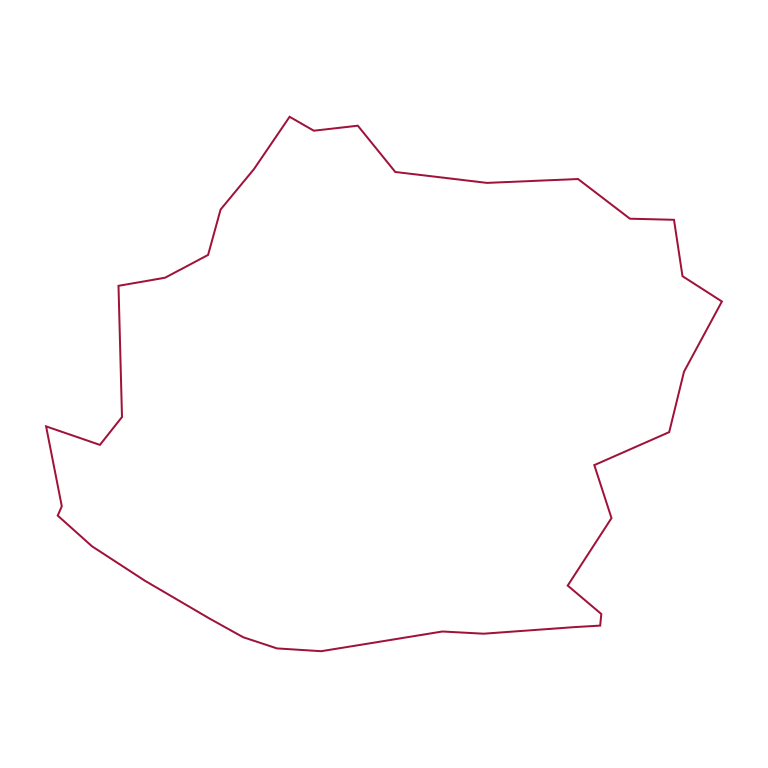 the district of Yangiarik, Khorezm, Uzbekistan
{"feature_id": "79887680B98987238414073", "entity_name": "Yangiarik", "entity_type": "district", "adm_level": 2, "iso_a3": "UZB", "parent_name": "Uzbekistan", "parent_adm1": "Khorezm", "projection": "mercator", "projection_center": [60.528, 41.31], "detail": "fine", "context": "isolated", "style": "outline", "palette": "rose", "viewbox_px": 768, "rotation_deg": 0, "n_neighbors": 0, "source": "geoboundaries", "source_scale": "gbopen_adm2", "svg_char_len": 565}
<svg xmlns="http://www.w3.org/2000/svg" viewBox="0 0 768 768"><path d="M57.7,515.6L92.0,546.3L145.0,580.8L208.9,618.2L243.1,637.2L276.9,648.4L321.2,651.2L442.4,631.5L483.6,633.7L574.5,627.1L600.2,625.6L601.3,614.0L567.7,585.6L611.5,518.1L594.3,465.1L669.2,432.1L684.0,371.7L721.9,301.5L682.5,276.2L674.0,219.8L629.9,218.7L578.0,179.0L487.0,182.9L395.3,172.0L357.8,125.7L313.8,130.7L289.6,116.8L253.9,169.2L220.6,209.5L208.1,254.9L165.1,277.7L118.5,285.8L122.0,417.0L99.9,444.9L46.1,426.4L61.8,506.3L57.7,515.6Z" fill="none" stroke="#9f1239" stroke-width="2"/></svg>